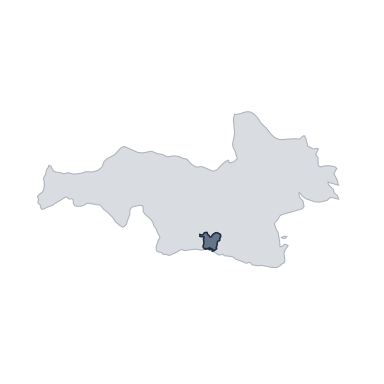 Wiwon, Chagang-do, North Korea shown in context, rotated 229°
{"feature_id": "82179303B10108678790042", "entity_name": "Wiwon", "entity_type": "district", "adm_level": 2, "iso_a3": "PRK", "parent_name": "North Korea", "parent_adm1": "Chagang-do", "projection": "mercator", "projection_center": [126.021, 40.774], "detail": "fine", "context": "in_parent", "style": "filled", "palette": "slate", "viewbox_px": 384, "rotation_deg": 229, "n_neighbors": 0, "source": "geoboundaries", "source_scale": "gbopen_adm2", "svg_char_len": 5210}
<svg xmlns="http://www.w3.org/2000/svg" viewBox="0 0 384 384"><g transform="rotate(229 192 192)"><path d="M222.8,275.4L221.6,276.1L219.4,279.9L217.4,284.8L215.4,287.5L213.2,289.0L210.7,289.8L205.9,290.2L201.6,289.9L200.2,289.3L194.2,289.6L192.5,290.0L183.9,289.6L179.5,290.0L176.6,291.0L173.7,292.9L171.2,295.9L169.0,299.1L164.5,304.9L161.4,307.7L161.4,311.8L161.3,313.0L160.2,313.9L159.8,313.5L158.0,313.2L150.7,309.5L144.7,311.8L143.2,314.7L141.6,315.7L139.2,309.9L135.3,309.7L129.1,304.6L126.4,305.6L125.7,307.7L122.3,312.4L117.6,316.2L116.0,316.7L114.3,316.5L114.5,315.4L112.6,311.1L105.1,309.3L102.4,307.5L101.0,307.1L108.4,302.2L110.3,301.3L108.8,300.2L107.3,299.7L101.2,300.4L98.1,298.8L93.5,299.3L90.3,298.0L96.9,293.3L97.2,290.4L97.1,288.3L100.5,281.9L103.8,278.4L112.5,273.4L116.3,272.7L119.1,272.9L121.4,272.5L119.0,270.5L116.7,269.7L112.2,269.8L107.5,267.0L107.1,263.9L116.1,244.6L116.3,242.8L114.8,238.1L114.4,233.5L107.9,230.8L105.0,230.5L96.6,225.3L93.3,222.7L92.0,223.5L91.8,227.6L90.6,228.6L88.4,229.4L87.3,224.6L85.5,221.2L79.9,217.6L78.0,215.7L78.9,211.5L78.4,211.1L79.3,206.4L82.7,202.8L91.1,196.3L93.2,193.3L97.4,189.7L99.3,189.7L101.3,189.4L101.9,187.9L102.3,186.6L104.0,185.5L108.1,183.5L112.7,180.9L116.4,180.2L120.9,176.3L122.8,174.5L124.6,174.5L125.1,173.7L126.2,171.7L127.6,170.4L129.6,170.1L132.9,169.1L137.0,168.6L139.8,165.2L140.7,162.9L142.6,160.3L146.5,157.4L149.2,153.2L152.2,148.7L153.6,147.2L155.0,146.9L155.9,145.2L156.8,140.3L158.2,135.5L159.0,133.3L162.5,130.9L163.3,129.7L164.1,129.3L165.7,129.6L167.9,128.1L169.9,126.6L171.7,127.1L173.6,128.4L175.6,131.1L176.4,133.2L178.0,134.9L178.3,137.5L179.8,138.6L183.1,139.1L188.5,140.9L192.0,141.0L194.0,142.3L198.1,143.0L206.4,141.9L209.8,142.5L211.2,144.1L213.3,145.4L214.7,145.5L216.6,143.3L218.5,139.8L219.8,137.1L219.8,134.9L218.6,132.6L215.9,130.5L214.1,127.1L212.4,123.7L211.4,122.6L210.5,120.9L210.4,118.3L211.0,116.6L215.1,115.4L220.4,114.7L224.7,115.4L231.9,115.0L236.3,114.0L239.6,114.1L242.6,114.1L243.9,112.6L248.1,109.1L250.1,107.8L252.4,105.4L252.7,102.8L253.2,100.8L254.4,98.6L256.6,95.9L258.5,94.6L260.6,94.8L262.8,96.0L264.2,97.3L265.7,96.9L267.1,94.8L267.9,94.4L270.4,94.2L271.2,92.9L272.2,86.6L273.2,81.6L273.4,78.1L275.6,72.4L276.3,68.9L277.6,67.3L279.2,67.4L280.5,68.4L282.1,69.0L284.3,68.4L285.8,69.3L286.7,71.2L290.0,72.5L290.3,73.4L290.2,79.7L291.9,82.6L294.3,85.3L297.5,87.7L299.2,88.2L300.3,89.9L301.2,92.9L303.5,95.8L304.7,97.9L305.0,100.1L306.0,101.3L304.2,102.6L301.8,101.8L297.8,101.3L292.6,105.6L289.8,107.1L287.8,111.3L283.8,113.8L281.6,116.4L278.7,121.0L276.9,125.4L272.5,129.9L270.0,135.5L269.9,140.4L272.6,145.3L272.9,149.5L270.9,158.1L272.0,167.2L270.8,170.8L257.6,177.0L254.1,180.1L249.3,188.2L243.4,191.2L239.7,194.4L234.6,196.4L231.3,202.0L227.7,205.2L223.5,207.2L220.3,209.6L213.2,209.8L208.1,211.5L204.6,216.2L193.8,221.6L192.3,225.6L193.1,231.8L193.1,236.5L192.2,240.4L189.8,239.3L188.6,240.6L187.2,244.2L187.6,248.3L191.2,249.6L194.3,251.3L198.5,252.2L201.6,254.1L208.3,262.7L213.8,266.5L215.2,267.8L218.3,269.7L221.2,272.7L222.8,275.4ZM98.0,233.0L96.0,234.4L95.9,232.0L97.4,230.0L99.0,229.7L98.0,233.0Z" fill="#d9dde1" stroke="#a8b0b8" stroke-width="1"/><path d="M136.6,177.2L137.3,178.2L137.9,178.7L137.9,179.3L137.6,179.9L137.3,180.7L137.4,181.5L137.7,181.7L138.3,182.1L138.8,182.5L139.0,183.3L139.3,183.9L139.7,184.7L140.2,184.7L140.7,185.3L141.4,185.5L141.5,185.6L142.7,185.2L144.0,184.7L145.1,184.0L145.8,183.1L146.0,182.1L146.2,180.9L146.2,179.6L146.1,178.6L145.6,178.0L145.5,177.3L145.6,176.7L146.6,176.0L147.4,176.2L148.2,176.4L148.8,176.2L149.4,176.0L149.7,176.2L150.7,176.3L151.1,176.7L151.7,176.8L151.9,176.5L152.1,176.3L152.4,175.9L152.9,175.1L153.2,174.6L152.9,173.7L152.7,173.2L152.7,172.5L152.9,171.7L153.9,170.7L154.8,170.1L154.5,169.9L153.5,168.8L152.3,169.5L150.8,171.2L150.3,171.5L150.0,171.5L149.6,170.8L149.3,170.3L148.7,169.5L148.1,169.2L147.2,168.6L146.4,168.0L145.9,167.7L145.3,167.2L145.0,166.8L144.9,166.4L144.5,165.8L144.1,165.1L143.7,164.6L143.0,164.2L142.0,164.2L141.4,164.0L141.1,164.0L140.7,164.2L139.9,164.7L139.9,164.8L139.9,165.0L140.0,165.0L140.2,165.3L140.0,165.5L139.9,165.5L139.7,165.6L139.4,165.7L139.2,165.8L139.1,166.0L139.1,166.3L139.2,166.5L138.9,166.7L138.9,166.8L138.7,166.8L138.6,167.0L138.6,167.3L138.7,167.5L138.4,167.6L138.2,167.5L138.1,167.4L137.9,167.3L137.8,167.2L137.7,167.2L137.4,167.2L137.2,167.2L137.2,167.3L137.0,167.5L136.9,167.6L136.7,167.8L136.5,168.0L136.4,168.1L136.4,168.3L136.5,168.5L136.7,168.4L136.8,168.4L137.0,168.2L137.3,168.0L137.5,168.0L137.8,168.2L137.9,168.3L138.0,168.3L138.1,168.5L138.2,168.8L137.9,168.9L137.8,169.0L137.7,168.9L137.4,169.0L137.2,169.1L136.9,169.1L136.7,168.9L136.6,168.7L136.4,168.6L136.2,168.7L136.2,168.8L136.1,169.0L136.1,169.3L136.1,169.5L135.9,169.6L135.7,169.8L135.4,169.9L135.2,169.9L134.9,169.9L134.7,169.8L134.5,169.7L134.4,169.7L134.2,169.6L134.1,169.4L134.0,169.2L134.1,168.9L134.2,168.7L134.3,168.6L134.3,168.4L134.2,168.4L134.0,168.5L133.9,168.6L133.9,168.8L133.7,168.9L133.2,170.1L133.2,171.0L133.1,171.5L133.0,172.3L133.0,173.4L133.4,173.7L134.0,173.7L134.4,174.1L134.8,175.1L135.8,176.4L136.1,176.8L136.6,177.2Z" fill="#64748b" stroke="#1e293b" stroke-width="1.5"/></g></svg>